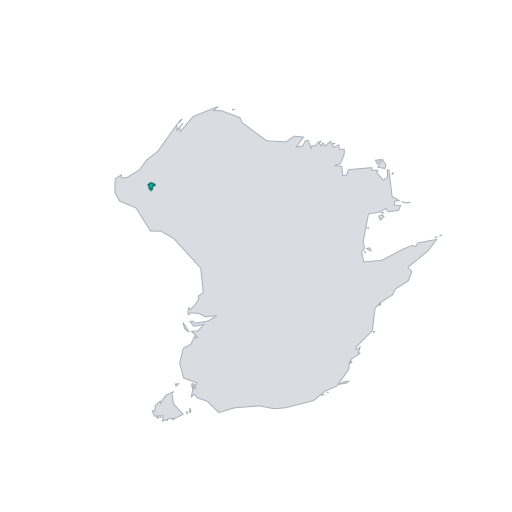 Merredin, Western Australia, Australia shown in context, rotated 59°
{"feature_id": "25037944B40039133464345", "entity_name": "Merredin", "entity_type": "district", "adm_level": 2, "iso_a3": "AUS", "parent_name": "Australia", "parent_adm1": "Western Australia", "projection": "equal_earth", "projection_center": [118.19, -31.461], "detail": "fine", "context": "in_parent", "style": "filled", "palette": "teal", "viewbox_px": 512, "rotation_deg": 59, "n_neighbors": 0, "source": "geoboundaries", "source_scale": "gbopen_adm2", "svg_char_len": 5127}
<svg xmlns="http://www.w3.org/2000/svg" viewBox="0 0 512 512"><g transform="rotate(59 256 256)"><path d="M340.2,106.1L343.9,131.7L349.6,130.5L355.7,138.1L356.1,153.7L359.7,159.0L359.9,173.4L362.2,180.9L379.9,194.7L385.6,217.2L387.7,218.3L388.3,214.3L392.1,218.4L392.8,216.4L393.6,227.8L395.7,231.1L400.7,234.6L409.1,253.6L407.4,266.2L409.6,281.2L401.2,309.0L396.4,319.0L386.2,330.3L375.2,352.3L371.0,368.6L355.6,372.5L347.3,379.4L342.7,380.0L343.5,384.0L337.0,378.2L338.2,376.9L337.9,375.4L336.6,375.4L333.9,377.9L332.3,376.4L335.5,374.0L334.1,372.2L323.3,380.9L308.5,376.6L297.7,365.9L298.1,357.5L293.2,349.8L295.5,350.1L295.7,347.8L287.4,350.1L290.3,344.4L287.9,336.1L284.2,345.6L278.2,346.5L279.4,343.4L282.1,343.3L287.1,330.3L286.8,320.4L282.0,330.7L275.7,334.7L271.3,340.9L271.6,344.0L269.3,343.6L265.7,340.1L268.1,340.1L266.8,334.0L263.5,327.1L260.5,326.2L260.4,320.1L237.8,309.6L198.5,317.6L185.8,324.7L180.2,333.6L153.1,334.1L138.4,344.7L128.5,344.1L117.3,336.9L117.1,329.6L119.9,330.9L122.2,326.4L122.2,311.6L117.4,300.3L115.6,286.0L102.5,255.9L107.5,259.1L104.4,249.9L106.6,255.3L110.4,257.0L104.0,237.9L108.4,211.3L109.4,217.6L113.7,210.7L129.2,198.5L134.7,199.2L162.8,187.5L173.5,171.7L173.0,161.4L178.6,154.0L183.2,165.5L185.7,159.1L182.7,154.6L183.7,151.7L192.9,153.6L190.0,152.5L192.0,148.0L190.3,143.9L195.3,143.4L193.5,140.4L197.6,140.0L196.3,135.6L199.9,130.7L200.1,133.7L203.0,133.3L203.3,127.8L207.4,129.7L210.1,125.3L214.5,128.3L220.3,136.0L219.1,142.2L223.2,136.3L231.6,140.2L233.3,136.9L229.7,132.2L239.9,111.2L241.9,112.6L245.3,107.3L246.5,109.6L256.7,107.9L256.5,102.8L249.7,99.1L250.8,97.8L275.1,108.7L282.3,104.7L280.5,108.8L283.5,111.1L287.2,106.1L290.4,110.3L286.3,119.7L282.0,120.6L282.0,127.3L277.8,137.9L299.2,157.0L305.2,158.9L306.9,163.4L316.7,166.6L324.5,150.1L325.9,125.8L327.4,116.7L330.0,114.5L328.2,110.3L334.8,92.7L340.2,106.1ZM329.6,398.3L340.3,402.9L354.2,400.0L353.2,412.6L352.7,410.4L350.9,413.0L349.3,421.3L345.1,417.9L341.0,425.4L335.3,424.8L336.7,422.7L332.2,419.2L331.1,412.8L333.1,413.9L329.0,405.0L329.6,398.3ZM238.2,97.9L245.3,97.9L247.4,100.5L242.6,105.8L238.2,97.9ZM275.2,352.8L286.8,352.5L281.7,354.6L275.2,352.8ZM288.1,125.9L289.4,131.1L285.0,130.3L285.8,126.6L288.1,125.9ZM408.6,251.4L408.9,245.7L411.1,240.9L411.4,244.4L408.6,251.4ZM352.3,390.8L356.0,391.9L355.8,393.7L352.3,390.8ZM237.5,99.5L239.9,104.6L235.4,104.3L237.5,99.5ZM326.3,391.6L324.2,391.1L325.7,388.1L326.3,391.6ZM310.8,154.8L308.6,156.4L306.5,157.2L307.6,154.3L310.8,154.8ZM102.4,254.5L100.7,251.8L100.6,249.2L100.8,249.1L102.4,254.5ZM354.8,395.4L356.1,396.6L353.4,395.6L354.8,395.4ZM395.0,228.5L396.6,228.5L396.4,231.1L395.0,228.5ZM360.4,173.2L362.2,174.8L361.8,175.7L360.4,173.2ZM344.3,422.4L344.2,424.4L342.8,423.8L344.3,422.4ZM409.6,268.4L409.4,271.5L409.2,271.4L409.6,268.4ZM256.2,97.7L255.0,96.2L255.8,95.5L256.2,97.7ZM289.0,97.9L287.3,100.6L289.4,96.0L289.0,97.9ZM410.3,264.6L409.4,265.6L410.0,264.5L410.3,264.6ZM290.3,145.7L289.3,146.3L289.9,145.0L290.3,145.7ZM284.6,125.8L283.4,126.0L284.2,124.4L284.6,125.8ZM119.3,198.7L119.0,200.7L118.4,200.6L119.3,198.7ZM332.8,91.4L332.7,93.3L332.3,92.0L332.8,91.4ZM336.5,376.2L336.7,377.1L336.3,376.8L336.5,376.2ZM286.8,101.3L284.4,103.1L286.9,100.8L286.8,101.3ZM196.5,133.1L195.6,134.3L196.2,132.9L196.5,133.1ZM345.3,420.9L344.5,421.3L345.0,420.6L345.3,420.9ZM309.6,161.0L308.3,160.9L309.0,159.9L309.6,161.0ZM191.7,142.5L191.0,143.2L191.0,141.5L191.7,142.5ZM351.4,416.6L350.3,417.2L350.8,416.1L351.4,416.6ZM333.7,86.6L333.6,87.8L332.9,87.2L333.7,86.6ZM335.8,377.5L336.7,378.4L335.1,378.1L335.8,377.5ZM382.2,194.6L381.3,194.6L381.8,193.3L382.2,194.6ZM387.6,214.1L387.2,214.2L387.6,213.1L387.6,214.1ZM330.2,396.8L329.9,397.6L329.7,396.6L330.2,396.8Z" fill="#d9dde1" stroke="#a8b0b8" stroke-width="1"/><path d="M142.2,312.5L142.4,312.5L142.5,312.5L142.8,312.5L143.2,312.5L143.3,312.5L143.5,312.5L143.9,312.4L144.0,312.4L144.3,312.4L144.4,312.5L144.5,312.5L144.7,312.4L144.8,312.4L144.9,312.2L145.0,312.2L145.3,312.2L145.2,312.1L145.0,311.7L144.9,311.6L145.2,311.6L145.4,311.6L145.4,311.4L145.4,310.8L145.2,310.8L145.1,310.2L144.8,310.2L144.5,310.2L144.3,310.2L144.2,310.0L144.0,309.9L143.9,310.0L143.8,309.9L143.7,309.7L143.5,309.3L143.4,309.1L143.3,308.8L143.2,308.8L143.2,308.7L143.2,308.4L143.2,308.0L143.2,307.9L143.2,307.6L143.3,307.4L143.2,307.3L143.2,307.1L143.2,306.9L143.2,306.7L143.2,306.4L143.2,306.0L142.9,306.0L142.7,306.1L142.4,306.2L142.2,306.1L142.0,306.3L141.9,306.4L141.8,306.6L141.8,306.8L141.7,306.8L141.8,306.9L141.6,307.0L141.5,307.3L141.3,307.3L141.1,307.3L140.8,307.3L140.7,307.4L140.4,307.4L140.3,307.6L140.3,307.8L140.2,307.9L140.0,308.0L139.9,308.0L139.7,308.0L139.6,308.3L139.7,308.5L139.5,308.8L139.5,309.1L139.4,309.1L139.5,309.2L139.5,309.3L139.7,309.5L139.7,310.0L139.7,310.3L139.5,310.5L139.4,310.5L139.2,310.5L139.2,310.8L139.2,311.0L139.2,311.3L139.2,311.5L139.3,311.7L139.5,311.7L139.6,311.8L139.8,311.8L140.0,311.8L140.3,311.8L140.5,311.7L140.8,311.7L141.1,311.6L141.4,311.6L141.6,311.6L141.8,311.6L142.0,311.6L142.2,311.8L142.2,312.2L142.2,312.3L142.2,312.5Z" fill="#14b8a6" stroke="#0f766e" stroke-width="1.5"/></g></svg>